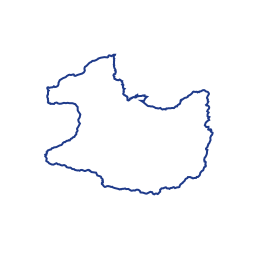 El Tambo, Nariño, Colombia, rotated 63°
{"feature_id": "7082276B27137373904269", "entity_name": "El Tambo", "entity_type": "district", "adm_level": 2, "iso_a3": "COL", "parent_name": "Colombia", "parent_adm1": "Nariño", "projection": "natural_earth1", "projection_center": [-77.398, 1.43], "detail": "fine", "context": "isolated", "style": "outline", "palette": "blue", "viewbox_px": 256, "rotation_deg": 63, "n_neighbors": 0, "source": "geoboundaries", "source_scale": "gbopen_adm2", "svg_char_len": 5854}
<svg xmlns="http://www.w3.org/2000/svg" viewBox="0 0 256 256"><g transform="rotate(63 128 128)"><path d="M180.8,65.5L180.3,65.3L179.5,64.2L178.9,64.0L178.5,62.7L176.2,59.9L174.0,59.1L172.5,57.3L172.2,56.1L170.8,54.8L170.5,54.8L169.4,55.6L168.5,55.8L167.9,54.8L167.0,54.7L166.6,55.1L166.6,56.4L166.2,56.9L165.8,57.2L165.4,56.7L163.5,55.8L162.7,57.8L160.4,58.3L158.5,56.2L157.8,53.8L157.7,52.0L155.7,52.1L155.5,50.9L155.2,50.5L154.1,51.6L153.6,51.8L151.8,50.8L150.8,49.1L149.1,49.9L148.2,48.8L147.5,47.1L146.9,46.5L146.2,46.2L144.9,46.3L144.0,47.0L143.5,47.9L142.9,48.0L142.6,46.7L141.0,44.4L140.1,44.7L138.7,43.8L137.9,44.1L137.0,44.0L135.8,42.6L134.6,40.6L133.9,40.2L132.1,40.5L130.6,42.1L129.2,42.6L128.7,43.1L128.3,44.3L128.4,46.6L127.9,47.8L128.3,48.4L127.7,49.2L127.8,49.9L126.9,50.3L126.4,51.7L125.3,53.2L125.4,53.9L126.2,55.4L126.7,57.5L126.7,59.8L127.4,60.6L127.4,62.3L127.0,63.3L127.0,64.7L127.3,66.5L127.0,67.4L127.1,68.3L127.3,68.5L127.8,68.2L128.3,69.2L129.9,70.6L129.9,71.3L130.1,71.5L130.1,73.1L130.5,74.1L131.0,74.4L130.4,75.8L130.7,76.2L130.7,77.0L131.1,77.7L131.1,78.1L130.1,79.7L129.8,81.0L128.7,83.1L128.5,84.2L128.0,84.9L128.1,85.4L128.6,86.0L127.5,87.3L127.1,89.0L125.3,90.0L124.9,90.0L124.3,92.3L123.4,93.2L123.0,94.1L121.0,95.4L119.7,96.6L119.3,97.7L118.4,98.7L117.9,99.7L117.2,100.4L111.6,102.8L109.8,103.9L110.4,102.8L111.2,102.1L111.2,101.5L109.9,100.0L109.1,98.2L108.8,96.9L107.1,98.9L106.4,98.5L105.7,100.3L105.6,101.4L104.5,103.8L104.2,105.2L102.8,104.7L102.9,105.4L102.7,106.1L102.8,106.6L104.3,107.0L104.1,107.8L103.2,108.5L102.8,109.3L103.1,110.4L102.8,111.0L103.1,111.1L103.2,111.7L102.7,112.7L103.7,113.9L103.7,115.1L103.2,115.6L102.7,115.8L102.1,115.2L101.6,115.2L100.6,114.6L100.3,114.8L99.6,114.5L98.3,115.5L97.7,115.6L97.2,116.3L95.4,116.8L93.9,115.2L93.1,115.3L92.6,114.7L91.9,114.5L91.5,113.3L90.7,114.0L89.9,114.2L88.9,113.8L87.6,112.6L87.2,112.7L87.2,113.4L86.7,113.5L86.7,113.1L85.7,112.5L84.6,112.3L84.1,112.5L83.6,112.0L83.3,112.5L82.0,112.8L81.0,113.5L81.2,114.6L80.7,115.1L80.5,115.8L79.4,116.8L78.6,116.9L78.2,117.7L76.9,117.5L76.0,116.8L75.7,117.1L74.5,117.1L73.7,116.2L74.0,114.8L73.0,114.0L72.7,113.5L72.0,113.2L71.1,113.5L70.8,112.8L70.2,112.7L68.7,112.9L66.3,112.4L65.8,111.7L64.9,111.8L64.3,111.2L62.5,110.4L61.9,109.8L60.9,109.6L60.0,108.7L59.3,108.9L58.1,108.3L57.6,108.4L57.1,107.5L57.1,106.6L56.8,106.3L56.2,107.5L56.4,110.3L55.0,111.3L54.7,111.9L54.8,112.6L55.7,113.4L55.8,114.2L54.1,116.9L53.0,120.4L52.6,123.0L52.9,123.5L53.0,125.8L52.8,127.5L52.1,129.1L52.2,130.1L52.5,130.9L52.4,132.7L53.8,136.7L54.0,138.6L54.9,139.6L55.9,140.1L56.9,140.2L57.6,140.8L58.4,142.0L58.7,144.0L57.8,148.9L57.7,151.1L57.1,152.0L55.8,152.0L55.4,152.4L54.9,154.8L54.0,155.9L53.8,156.8L53.9,158.8L54.4,160.4L54.1,163.2L54.4,167.1L56.2,169.4L57.7,170.2L58.6,171.4L58.7,172.3L58.7,173.3L58.3,174.6L57.2,175.1L57.5,176.2L57.4,177.0L56.8,178.4L56.5,179.8L55.4,180.7L55.4,181.5L55.9,181.9L57.6,182.0L58.7,181.6L59.0,182.6L61.7,184.0L61.8,184.4L62.2,184.6L62.7,185.4L64.2,186.0L65.4,185.9L66.1,186.4L68.0,186.9L68.5,187.6L69.4,187.6L70.1,187.0L70.4,186.4L70.7,186.5L70.9,186.2L71.5,185.9L71.7,185.1L73.0,183.0L72.5,181.9L72.9,180.1L73.3,179.7L74.2,179.3L75.3,178.1L76.0,176.4L76.5,173.7L77.7,172.0L78.2,170.3L79.4,168.8L80.6,166.4L81.8,165.1L82.4,164.8L82.8,164.1L85.3,163.7L86.4,163.3L89.4,164.8L90.6,164.8L94.2,164.3L96.6,166.2L97.9,168.4L98.3,168.7L100.0,169.1L102.2,168.8L104.5,172.0L105.3,173.5L105.8,173.9L107.4,174.1L107.8,174.5L108.6,176.1L110.2,177.0L110.7,178.6L111.6,179.8L111.3,181.1L111.8,182.8L111.7,183.8L112.6,185.6L111.9,186.5L112.1,187.2L111.6,188.5L112.0,190.6L111.6,191.1L111.6,192.0L111.8,192.8L112.8,194.4L112.9,195.3L112.5,196.8L112.5,200.5L111.7,202.8L111.8,204.0L111.5,205.1L112.2,206.4L111.7,208.0L111.8,209.2L111.6,209.7L111.9,210.3L112.5,210.7L112.5,211.4L113.6,211.7L114.1,212.1L114.2,213.7L114.9,213.5L114.9,214.0L115.6,214.6L116.7,214.3L118.4,214.3L119.9,215.6L120.4,215.8L122.3,214.6L123.7,214.3L125.9,212.5L126.8,211.0L126.9,207.8L127.9,207.1L128.3,207.1L129.0,206.1L129.3,205.5L130.3,205.0L131.5,203.7L131.8,202.4L132.3,201.4L133.8,200.5L135.0,200.5L136.4,198.9L137.2,197.2L137.9,196.8L138.8,196.6L139.6,195.8L140.2,194.7L141.4,194.2L142.9,192.3L143.4,191.1L144.1,190.5L144.0,189.1L144.5,188.0L146.6,186.2L146.9,185.6L147.1,182.9L147.5,182.0L148.0,181.6L148.7,181.7L149.1,181.0L149.8,181.0L150.7,180.5L153.3,176.7L156.3,176.9L158.8,174.4L159.5,174.2L160.6,174.5L161.9,173.9L163.0,174.1L163.4,174.9L164.1,174.6L165.0,174.9L165.2,175.2L165.1,176.2L165.9,176.7L166.3,176.7L166.8,176.3L168.9,176.0L170.0,175.4L170.2,174.7L170.3,173.1L170.8,171.9L171.3,171.5L171.8,170.6L172.4,170.3L173.0,169.5L173.2,168.8L173.7,168.7L175.3,167.3L178.1,164.0L178.8,163.6L179.0,162.5L179.5,162.1L179.4,161.6L179.6,160.7L180.0,160.1L180.6,158.0L181.6,157.4L182.5,155.3L184.8,154.0L185.5,153.3L186.2,151.1L186.9,150.2L186.8,148.6L187.5,147.2L188.0,146.7L189.4,146.0L191.1,146.1L192.4,144.0L194.3,142.2L195.0,141.1L195.0,137.1L196.2,135.6L197.7,135.7L199.0,134.8L198.9,133.4L199.5,132.1L200.3,131.6L200.3,130.8L199.5,129.2L199.4,128.3L197.5,127.3L197.4,126.4L197.0,125.6L197.8,123.8L197.7,123.0L198.0,121.3L198.3,121.0L198.8,121.0L199.6,120.6L200.1,119.5L201.1,118.6L200.8,117.9L200.9,116.9L201.3,116.2L201.3,114.5L201.5,114.0L202.9,113.4L203.2,111.1L203.7,110.1L203.9,109.0L202.7,107.8L202.1,106.8L201.8,105.2L201.8,104.4L201.5,104.2L200.8,101.6L199.7,100.1L199.5,99.4L199.6,97.9L198.9,96.9L200.0,94.8L200.8,94.3L201.2,93.7L201.9,93.5L202.4,92.9L202.6,91.7L203.4,90.0L202.8,89.0L203.4,87.9L202.7,85.6L200.7,83.8L199.9,81.9L199.8,80.2L197.6,78.0L197.5,76.2L196.6,75.6L196.0,75.9L193.7,74.2L193.4,74.3L192.7,75.1L192.3,75.0L191.8,74.6L191.2,74.7L190.8,74.5L189.2,73.1L188.9,72.0L187.4,70.1L186.3,69.1L185.0,68.4L183.6,67.2L182.6,68.1L181.7,67.8L180.8,65.5Z" fill="none" stroke="#1e3a8a" stroke-width="2"/></g></svg>